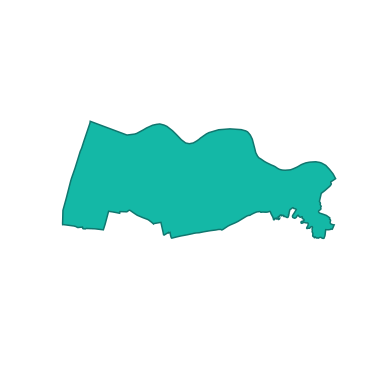 Ninh Kieu, Hau Giang, Vietnam, rotated 231°
{"feature_id": "81297802B54398389952996", "entity_name": "Ninh Kieu", "entity_type": "district", "adm_level": 2, "iso_a3": "VNM", "parent_name": "Vietnam", "parent_adm1": "Hau Giang", "projection": "robinson", "projection_center": [105.742, 10.032], "detail": "fine", "context": "isolated", "style": "filled", "palette": "teal", "viewbox_px": 384, "rotation_deg": 231, "n_neighbors": 0, "source": "geoboundaries", "source_scale": "gbopen_adm2", "svg_char_len": 5460}
<svg xmlns="http://www.w3.org/2000/svg" viewBox="0 0 384 384"><g transform="rotate(231 192 192)"><path d="M290.4,125.5L284.0,115.9L278.5,107.0L277.3,105.2L266.3,90.4L259.0,80.2L251.3,73.6L249.1,71.7L248.0,70.9L247.5,71.6L246.4,72.7L239.8,78.9L238.4,79.9L237.6,80.3L236.9,80.5L236.1,81.0L235.9,81.4L235.5,82.0L234.9,83.0L234.0,84.2L233.7,84.8L233.1,84.7L232.7,84.3L232.2,84.2L231.8,84.4L230.7,85.6L230.3,86.1L230.3,86.5L230.3,86.8L224.4,93.5L218.4,99.3L221.7,104.3L228.3,113.4L229.5,115.1L228.2,116.2L226.6,117.7L224.6,119.4L221.0,122.4L222.1,123.7L217.6,128.9L217.4,131.7L216.9,132.2L216.4,132.4L212.2,133.6L208.4,134.8L203.3,137.5L199.7,139.6L198.7,140.2L197.5,140.7L193.7,141.6L191.3,142.0L191.4,142.4L191.3,142.7L191.0,143.3L188.0,148.7L179.1,144.3L176.7,143.0L176.1,143.2L175.4,148.2L174.9,148.0L174.5,149.1L174.4,149.5L172.1,148.2L170.3,147.4L169.6,147.2L169.2,147.1L168.9,147.2L168.7,147.6L166.7,151.9L164.9,155.6L161.9,161.1L159.4,166.0L158.6,167.7L157.5,169.6L155.8,172.0L153.8,175.9L151.1,180.7L150.3,182.1L147.5,186.6L146.4,188.7L145.6,189.8L144.9,190.7L144.3,191.0L143.7,191.3L143.4,192.7L142.9,198.4L142.4,200.8L140.9,206.1L140.2,209.2L139.6,213.6L139.0,218.1L138.8,219.3L138.5,220.5L138.1,221.3L137.6,222.1L137.4,222.6L137.3,223.7L136.8,226.0L136.3,228.0L135.7,229.9L134.8,231.3L134.3,232.2L133.9,232.5L133.4,232.6L132.9,232.8L131.8,234.5L130.6,235.8L129.6,237.0L129.1,237.7L128.5,238.9L128.1,240.1L127.8,240.4L127.2,240.4L125.2,239.7L122.1,239.1L120.9,238.8L119.7,238.2L119.2,238.0L118.9,238.1L118.7,238.4L118.9,239.0L119.2,239.3L119.4,239.6L119.2,239.9L118.9,239.9L118.7,240.0L118.7,240.5L118.8,240.8L118.7,241.1L118.4,241.2L118.2,241.1L117.9,240.8L117.7,240.8L117.6,241.0L117.6,241.3L117.5,241.7L117.3,241.8L116.9,241.8L116.3,241.8L116.1,242.0L116.0,242.5L116.0,243.0L116.2,243.4L116.5,243.7L116.7,243.0L116.8,242.9L117.2,242.7L117.6,242.8L118.0,242.9L118.3,243.1L118.5,243.5L118.5,243.9L118.1,244.6L118.1,245.0L118.2,245.3L118.4,245.5L118.5,245.8L118.4,246.4L118.1,246.8L117.8,247.0L117.5,246.8L117.2,246.6L116.9,246.9L117.0,247.2L116.9,247.5L116.6,248.1L116.2,248.4L115.9,248.5L115.6,248.3L115.3,248.0L115.1,248.0L114.9,248.2L114.7,248.6L114.3,248.9L113.6,249.3L113.2,249.4L112.7,249.6L112.3,249.9L112.0,250.4L112.0,250.8L112.3,251.3L112.5,251.6L112.7,252.0L112.8,252.3L113.1,252.4L113.6,252.6L113.7,252.8L113.7,253.2L113.8,253.5L114.3,254.0L114.8,254.4L116.5,256.8L116.7,257.3L116.6,257.6L116.5,258.3L116.5,259.4L116.5,260.1L116.4,260.4L116.1,260.7L115.1,260.8L114.8,260.9L114.5,261.3L114.1,261.6L113.7,261.9L112.7,262.0L112.5,261.3L111.8,259.5L111.2,257.8L110.9,256.8L110.4,255.4L110.0,254.8L108.8,254.3L108.4,254.5L107.4,255.0L107.0,255.3L106.7,256.1L106.7,257.0L107.0,258.0L107.2,258.5L107.3,259.3L107.3,259.6L107.1,259.9L106.8,260.0L105.9,259.8L105.4,259.9L104.5,260.1L104.1,260.5L103.9,261.0L103.8,261.6L103.6,261.9L103.3,262.0L102.9,261.8L102.4,261.3L102.0,261.1L101.4,261.3L100.8,261.6L100.4,261.7L100.0,261.6L99.5,261.2L99.4,260.6L99.6,259.9L100.1,258.9L100.2,258.3L100.1,257.9L99.8,257.6L99.4,257.3L98.9,257.4L98.6,257.6L98.4,258.1L98.2,258.9L97.9,259.7L97.5,260.3L97.2,260.5L96.8,260.7L96.3,261.2L95.9,261.5L95.5,262.1L95.2,262.4L94.7,262.5L94.3,262.4L93.8,261.9L92.9,261.0L92.7,260.4L92.2,259.0L91.8,258.4L91.6,258.3L91.2,258.4L91.0,258.9L90.8,259.3L90.5,259.8L90.0,260.3L89.9,260.4L89.8,260.7L90.0,261.4L90.1,262.2L90.0,262.9L89.6,263.5L89.2,263.6L88.7,263.4L88.0,262.5L87.7,262.0L86.9,261.6L86.3,261.2L85.8,260.6L85.4,260.3L84.6,260.1L83.8,259.9L83.2,259.4L82.5,258.7L82.1,258.3L81.7,258.1L81.3,258.1L81.1,258.4L80.8,258.5L80.5,258.6L80.1,258.4L79.9,258.3L79.5,258.3L79.3,258.6L79.3,259.0L79.3,259.3L79.3,259.5L78.9,259.6L78.2,259.7L77.7,260.0L77.5,260.5L77.3,260.8L77.0,260.8L76.6,261.2L76.5,261.9L76.4,262.5L76.0,263.2L75.4,263.8L74.6,263.9L73.9,264.3L73.4,264.7L73.0,265.4L74.1,267.4L74.7,268.2L78.6,272.2L76.9,274.1L75.9,275.7L75.8,276.5L75.6,276.9L74.9,277.3L74.8,277.7L77.0,281.8L77.5,281.3L78.3,280.7L78.8,280.3L79.7,279.9L80.5,279.8L81.1,280.0L81.8,280.5L82.4,281.5L82.9,281.9L83.4,282.0L84.1,281.8L84.4,281.8L84.6,282.0L84.8,282.5L85.2,282.8L89.2,281.7L90.4,281.0L91.6,280.3L93.5,279.1L95.3,277.9L96.1,277.8L96.5,277.8L97.1,278.0L97.4,278.4L97.6,278.9L97.6,279.7L97.5,280.7L97.6,281.3L97.9,281.7L98.5,281.9L98.9,282.1L99.2,282.5L99.4,283.2L99.8,283.4L100.2,283.5L101.2,283.6L101.9,283.9L102.2,284.3L102.4,284.7L102.9,284.9L104.0,285.0L104.5,285.1L109.6,291.6L109.5,296.2L109.8,303.1L110.1,304.2L110.4,305.0L110.7,305.4L111.6,305.6L112.4,306.0L112.5,306.2L112.2,309.6L112.0,312.0L113.7,312.3L117.1,313.0L123.0,313.1L128.5,312.7L133.0,310.9L134.7,309.8L135.9,308.7L137.6,307.2L140.7,302.9L141.4,301.8L143.0,298.8L144.0,295.9L144.5,294.1L145.1,290.1L145.4,288.7L146.3,285.4L147.0,283.2L147.4,282.3L148.2,281.1L150.2,278.2L151.9,276.3L153.3,275.1L154.8,274.1L156.5,273.4L159.2,272.6L160.4,272.1L161.6,271.5L163.0,270.7L167.9,268.4L170.2,267.5L174.0,266.4L176.5,265.5L178.6,265.5L182.5,266.3L185.6,267.8L195.1,272.1L199.5,273.1L202.0,273.1L203.8,273.0L205.7,272.2L209.5,269.5L217.2,261.2L223.6,251.9L227.5,242.5L228.1,239.7L228.6,232.5L228.5,230.6L228.7,227.7L229.3,223.9L231.2,220.3L234.1,217.9L239.3,216.6L246.6,216.0L247.4,215.9L251.9,215.4L258.8,213.8L261.6,212.4L264.6,210.2L265.2,209.7L267.0,206.8L268.7,203.4L270.4,196.9L270.9,193.4L272.3,186.0L273.1,183.9L276.0,179.2L277.2,177.3L311.0,157.4L309.7,156.0L299.5,139.9L295.5,133.8L293.9,130.7L290.4,125.5Z" fill="#14b8a6" stroke="#0f766e" stroke-width="1.5"/></g></svg>